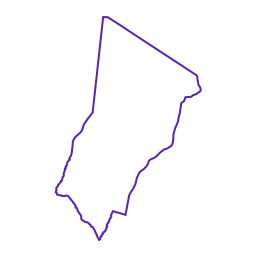 Tupungato, Mendoza, Argentina, rotated 89°
{"feature_id": "61730980B55098803042234", "entity_name": "Tupungato", "entity_type": "district", "adm_level": 2, "iso_a3": "ARG", "parent_name": "Argentina", "parent_adm1": "Mendoza", "projection": "albers", "projection_center": [-69.148, -33.277], "detail": "fine", "context": "isolated", "style": "outline", "palette": "violet", "viewbox_px": 256, "rotation_deg": 89, "n_neighbors": 0, "source": "geoboundaries", "source_scale": "gbopen_adm2", "svg_char_len": 4414}
<svg xmlns="http://www.w3.org/2000/svg" viewBox="0 0 256 256"><g transform="rotate(89 128 128)"><path d="M239.3,159.1L239.4,158.6L238.8,158.0L237.8,157.6L237.3,157.4L236.4,157.5L235.9,157.1L235.8,156.4L235.1,156.4L234.6,156.1L233.9,155.3L233.2,155.3L233.1,154.7L232.5,154.7L231.9,154.6L231.8,153.9L231.2,153.2L230.9,152.7L229.6,152.3L229.2,151.6L228.5,151.6L227.6,151.2L227.0,151.3L226.6,150.8L226.0,150.4L225.6,150.9L224.7,150.9L224.3,150.7L223.5,150.2L222.7,150.0L222.4,149.2L221.9,149.2L221.4,149.0L220.8,148.4L220.0,148.4L219.4,148.2L218.9,147.7L218.2,147.7L217.8,147.0L217.2,146.8L216.4,146.3L215.7,146.3L214.8,146.5L213.6,146.0L213.0,145.7L212.7,145.3L211.9,145.0L211.4,144.7L210.9,144.4L214.8,132.0L195.3,128.0L194.1,127.4L192.2,126.3L191.1,125.5L189.3,124.3L188.1,123.5L186.8,122.9L184.9,121.9L183.5,121.4L181.5,120.8L179.4,120.4L178.0,119.9L176.7,119.4L174.8,118.5L173.5,117.8L171.8,116.5L170.6,114.8L169.3,113.0L167.9,111.4L166.9,110.4L165.1,109.3L163.8,108.6L162.4,108.1L161.1,107.5L160.1,106.5L159.5,105.3L159.0,103.9L158.4,102.6L157.3,100.7L155.9,99.1L154.9,98.1L153.9,97.1L152.9,96.0L152.0,94.9L151.2,93.7L150.3,92.6L149.7,91.3L149.5,89.9L148.5,88.0L147.7,86.8L147.1,85.5L145.4,84.2L143.4,83.5L142.0,83.2L140.6,83.0L138.4,82.8L137.0,82.8L135.6,82.7L133.5,82.2L132.1,81.8L130.7,81.4L128.9,80.8L128.1,80.4L126.8,79.8L125.5,79.2L124.2,78.6L122.8,78.1L121.5,77.7L120.1,77.5L118.6,77.2L117.3,76.9L116.2,76.5L115.9,76.5L114.5,76.0L113.1,75.7L111.7,75.6L110.3,75.4L108.9,75.1L107.5,74.7L106.1,74.6L104.6,74.5L103.5,73.8L102.9,72.4L101.9,71.5L100.6,70.9L99.2,70.4L98.2,70.0L97.9,64.2L96.3,62.4L96.0,61.0L95.5,59.7L94.8,58.5L93.9,57.3L93.2,56.0L92.4,55.0L90.9,54.6L89.5,54.9L88.2,55.4L87.0,56.2L86.2,56.7L85.0,56.9L79.3,57.9L78.0,57.8L76.7,58.5L75.7,59.5L75.0,60.7L74.7,61.2L52.2,94.3L30.4,126.3L28.2,129.4L18.1,144.4L16.8,146.3L16.8,146.5L16.9,146.8L16.9,147.0L16.9,147.3L16.9,147.5L16.8,147.8L16.8,148.0L16.8,148.3L16.8,148.6L16.7,148.6L16.7,148.8L16.7,149.0L16.7,149.3L16.7,149.5L16.8,149.7L16.8,149.9L16.8,150.0L16.7,150.6L16.6,150.9L16.8,151.0L19.2,151.3L19.9,151.3L30.7,152.7L112.1,163.1L113.1,164.1L114.2,165.0L115.4,165.9L116.5,166.7L117.6,167.6L118.7,168.6L119.9,169.3L121.0,170.2L122.2,171.0L123.4,171.8L124.7,172.4L126.0,172.9L127.4,173.2L128.7,173.7L130.0,174.4L131.2,175.2L132.2,176.2L133.1,177.3L134.0,178.4L134.9,179.5L135.9,180.5L137.0,181.5L138.2,182.3L139.5,182.9L140.8,183.4L142.2,183.5L143.6,183.6L145.1,183.8L152.2,184.7L153.2,185.1L153.8,185.2L154.7,185.6L155.3,185.9L156.2,186.5L156.7,187.0L157.3,187.0L158.1,186.8L158.7,186.8L159.0,187.6L159.4,187.8L159.9,188.0L160.2,188.5L160.7,188.9L161.2,189.2L161.6,189.4L163.1,189.5L163.7,189.8L164.2,189.9L164.5,190.4L165.0,190.6L165.5,190.5L165.7,191.0L166.4,191.2L167.2,191.0L167.4,191.6L167.9,192.0L168.6,191.7L169.1,191.9L170.0,192.3L170.5,192.3L171.2,192.6L172.0,192.9L172.5,193.2L173.3,193.1L173.8,193.0L174.7,193.0L175.8,194.2L176.7,194.2L177.7,194.5L178.3,194.9L178.9,195.0L179.4,195.1L179.7,195.7L180.3,195.5L180.7,196.1L181.0,196.6L181.5,196.9L182.2,197.2L182.5,197.6L183.0,198.1L183.2,198.7L183.8,198.8L184.3,198.8L184.7,199.2L185.3,199.3L185.8,200.1L186.1,200.5L186.7,200.6L187.2,200.7L187.9,200.8L188.5,200.5L189.4,200.7L189.9,201.1L190.6,201.3L191.1,201.4L191.6,200.4L192.4,200.3L192.8,200.2L193.5,199.8L193.6,198.9L193.8,198.1L194.0,197.4L194.3,196.4L194.5,195.4L194.7,194.9L194.9,193.9L195.0,192.8L194.8,192.1L194.5,191.5L194.4,190.9L194.6,190.3L194.8,189.6L195.1,188.9L195.7,188.4L196.3,188.0L196.8,187.6L197.9,186.8L198.5,186.3L199.1,185.9L199.7,185.5L200.2,185.0L200.8,184.6L201.5,184.3L201.9,183.7L202.4,183.2L203.0,183.0L203.6,182.7L204.0,182.2L204.5,181.9L205.4,181.7L206.0,181.9L206.7,181.7L207.0,180.6L207.8,180.2L208.4,180.0L208.9,180.0L209.6,179.8L210.3,179.4L211.0,179.1L211.8,178.6L212.3,178.3L213.1,177.6L213.5,177.3L214.4,176.7L215.3,176.4L215.9,176.3L216.7,176.3L217.4,176.3L218.3,176.3L218.7,175.9L219.2,175.4L219.7,174.7L220.0,174.1L220.3,173.5L221.2,172.6L221.4,172.0L221.4,171.0L221.7,169.9L222.3,169.4L222.8,169.0L223.5,168.1L223.7,167.6L224.0,167.2L224.6,167.2L225.3,167.0L225.8,166.5L226.3,166.0L226.5,165.0L226.8,164.6L227.4,164.4L228.4,164.0L228.7,163.6L229.3,163.3L230.0,163.0L230.7,162.8L231.3,162.5L231.9,162.2L232.5,162.0L233.4,161.5L234.0,161.3L234.4,160.9L235.1,160.8L235.6,160.7L236.5,160.4L237.1,160.0L237.8,159.7L238.7,159.3L239.3,159.1Z" fill="none" stroke="#5b21b6" stroke-width="2"/></g></svg>